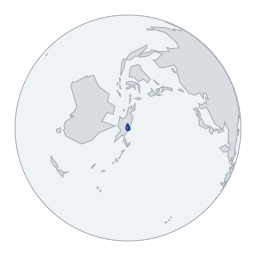 East Sepik on an orthographic globe, rotated 92°
{"feature_id": "PNG-1239", "entity_name": "East Sepik", "entity_type": "Province", "adm_level": 1, "iso_a3": "PNG", "parent_name": "Papua New Guinea", "parent_adm1": "", "projection": "orthographic", "projection_center": [143.363, -4.131], "detail": "fine", "context": "on_globe", "style": "filled", "palette": "blue", "viewbox_px": 256, "rotation_deg": 92, "n_neighbors": 0, "source": "natural_earth", "source_scale": "10m", "svg_char_len": 6701}
<svg xmlns="http://www.w3.org/2000/svg" viewBox="0 0 256 256"><g transform="rotate(92 128 128)"><circle cx="128" cy="128" r="113" fill="#eef3f6" stroke="#a8b0b8"/><path d="M192.6,152.8L192.6,153.7L192.4,153.8L192.6,152.8ZM188.6,33.1L187.0,32.0L179.3,28.5L180.3,29.8L177.4,27.9L181.5,32.5L179.6,33.7L179.7,30.9L178.2,29.7L175.8,29.6L173.6,28.3L171.3,27.7L168.9,26.3L169.2,25.2L167.7,24.4L166.1,24.5L162.8,23.4L165.3,23.4L159.8,21.6L159.2,20.3L167.5,22.5L174.8,25.5L181.8,29.1L188.6,33.1ZM221.2,87.9L220.2,85.4L221.6,86.9L221.2,87.9ZM219.1,83.9L219.5,84.7L219.0,84.1L219.1,83.9ZM218.4,83.5L218.9,83.8L218.4,83.7L218.4,83.5ZM217.5,83.2L217.9,83.3L217.5,83.2ZM215.8,82.0L215.4,81.7L215.7,81.5L215.8,82.0ZM196.1,38.3L196.0,38.2L194.0,36.7L193.9,36.6L196.1,38.3ZM181.5,31.2L182.5,31.3L182.2,31.7L181.5,31.2ZM171.4,27.9L171.7,28.3L170.3,27.9L171.4,27.9ZM165.5,25.4L163.1,24.7L165.6,25.2L165.5,25.4ZM161.8,24.1L156.1,22.7L156.4,23.4L152.1,20.8L158.4,22.7L161.4,23.1L160.6,23.4L161.8,24.1ZM150.7,19.7L149.3,19.4L150.8,19.6L150.7,19.7ZM88.6,22.5L87.4,23.0L88.5,22.6L89.6,22.1L92.4,21.1L96.5,19.9L95.6,20.2L93.9,20.7L89.1,22.5L85.0,24.1L88.4,22.9L94.3,20.6L97.0,19.8L94.5,20.7L95.6,20.3L96.7,20.0L96.9,20.1L99.8,19.2L112.9,16.9L114.6,17.3L110.8,18.1L119.0,18.0L120.2,19.3L121.2,18.8L125.8,18.9L125.5,18.5L126.3,18.3L137.9,19.3L139.9,20.1L146.1,20.7L146.6,20.5L145.5,19.9L152.1,20.8L156.4,23.4L155.0,23.6L158.7,25.5L155.0,25.8L153.6,27.2L147.5,27.0L147.0,28.4L148.5,29.0L148.8,31.7L144.5,35.7L141.4,29.7L146.7,24.8L144.0,26.4L142.6,25.3L140.4,25.6L138.7,26.9L139.7,27.5L126.8,27.5L118.7,31.6L124.0,32.2L125.6,34.2L121.0,41.2L104.4,50.1L106.3,54.4L105.3,57.0L101.0,58.1L102.4,54.3L99.7,52.6L101.1,50.5L94.7,51.6L96.5,48.7L90.7,51.3L91.0,53.8L95.9,53.7L90.1,57.6L92.9,62.6L91.3,68.2L80.1,77.9L71.5,80.6L70.6,82.6L68.2,80.2L63.5,84.0L66.7,95.4L66.1,98.7L59.1,104.9L59.3,102.4L52.9,96.2L50.6,104.2L55.3,111.0L56.9,119.2L52.8,116.6L51.3,109.5L49.1,107.1L50.5,100.1L50.2,89.9L46.1,91.9L47.2,87.8L46.2,79.9L40.7,82.7L31.4,93.7L28.8,104.2L26.2,109.1L26.4,94.4L29.0,84.6L27.4,85.7L28.9,78.1L26.8,78.7L27.9,76.4L27.5,77.2L31.6,69.8L36.1,62.8L41.3,56.1L46.8,49.9L52.9,44.1L59.3,38.7L66.2,33.9L73.3,29.5L80.8,25.7L88.6,22.5ZM26.3,79.5L27.2,77.7L25.5,81.4L24.5,84.5L20.5,94.5L20.3,95.0L23.0,87.1L26.3,79.5ZM56.3,210.9L58.3,212.2L57.9,212.4L56.3,210.9ZM82.1,139.4L85.4,140.1L85.3,140.6L82.1,139.4ZM78.7,137.3L82.3,137.7L78.1,138.5L78.7,137.3ZM83.7,137.9L87.4,137.1L89.0,136.3L88.8,137.4L83.7,137.9ZM76.3,137.2L63.8,136.6L59.2,135.1L60.1,133.1L67.7,133.9L76.3,137.2ZM59.7,133.1L52.8,127.5L44.6,111.9L47.5,112.1L56.3,121.5L55.7,123.2L59.9,127.6L59.7,133.1ZM77.2,123.7L76.6,128.7L69.6,127.9L66.5,127.0L64.3,120.5L65.5,117.3L68.0,117.5L78.6,107.2L82.1,110.0L78.6,114.4L81.5,118.8L77.2,123.7ZM28.9,105.2L29.4,111.5L28.2,112.7L28.9,105.2ZM83.5,100.1L78.8,104.4L83.3,98.6L83.5,100.1ZM86.6,94.6L86.6,96.9L85.1,94.6L86.6,94.6ZM69.8,85.6L67.2,86.0L67.4,84.5L71.0,83.0L69.8,85.6ZM90.1,73.2L88.8,77.6L87.8,79.0L87.2,76.3L90.1,73.2ZM111.6,16.9L114.3,16.5L113.9,16.7L111.6,16.9ZM112.3,16.7L113.1,16.4L115.4,16.1L114.3,16.4L112.3,16.7ZM168.9,196.3L171.1,197.6L168.3,200.8L163.9,203.7L158.8,204.0L168.9,196.3ZM131.8,199.5L130.1,195.1L135.3,195.4L134.5,199.0L131.8,199.5ZM172.1,194.1L174.5,190.7L173.9,185.7L175.5,190.5L179.3,191.4L172.4,197.6L172.1,194.1ZM108.0,179.9L88.5,186.5L83.8,185.2L83.9,181.8L77.4,171.1L78.8,171.4L76.5,164.4L87.4,158.8L94.8,148.1L102.2,149.4L106.9,141.9L114.8,143.2L113.1,149.3L122.1,154.5L126.4,140.8L133.6,156.8L141.3,163.4L145.6,173.9L138.3,189.9L132.5,192.5L130.6,190.6L128.4,192.1L123.8,190.8L119.6,184.8L117.5,186.3L118.8,182.2L116.1,185.7L113.0,181.8L108.0,179.9ZM165.3,159.5L166.9,160.2L170.0,163.5L167.4,162.5L165.3,159.5ZM188.6,155.2L189.7,156.7L187.9,156.6L188.6,155.2ZM192.4,153.8L190.3,153.8L192.6,152.8L192.4,153.8ZM171.8,151.6L172.8,152.8L172.2,153.0L171.8,151.6ZM171.1,151.2L171.8,149.8L171.9,151.3L171.1,151.2ZM162.8,141.5L163.6,140.9L164.1,141.6L162.8,141.5ZM90.3,140.5L94.6,136.8L97.2,136.7L90.3,140.5ZM161.3,139.6L159.1,139.1L159.3,138.4L161.3,139.6ZM161.3,137.8L161.0,136.6L162.6,139.5L161.3,137.8ZM156.9,134.5L159.7,137.0L156.6,134.7L156.9,134.5ZM155.4,134.6L153.4,133.4L153.5,133.1L155.4,134.6ZM135.0,133.1L142.1,140.7L136.8,139.8L130.7,134.9L126.6,138.2L116.8,136.4L118.9,134.3L117.4,130.5L107.8,128.1L105.8,125.6L109.1,124.3L103.0,121.9L109.6,121.5L112.5,126.6L116.4,123.3L123.4,125.0L130.4,127.5L136.4,131.9L135.0,133.1ZM110.0,132.1L111.2,132.2L110.2,133.5L110.0,132.1ZM149.7,130.1L152.5,132.9L152.2,133.5L150.9,132.9L149.7,130.1ZM137.7,131.2L144.0,128.2L145.5,128.5L141.4,132.4L137.7,131.2ZM142.3,125.3L145.4,126.3L147.1,128.8L146.5,129.4L142.3,125.3ZM96.3,126.4L96.1,127.7L94.4,126.5L96.3,126.4ZM98.5,125.8L103.6,127.7L98.0,126.8L98.5,125.8ZM83.7,120.1L85.0,123.3L89.4,121.6L86.1,124.2L89.2,129.6L88.3,131.5L85.1,125.7L84.3,131.4L82.4,131.2L81.2,126.1L83.0,120.3L84.9,117.9L93.0,117.5L83.7,120.1ZM98.4,121.9L97.0,118.2L98.1,115.9L99.5,117.9L98.4,121.9ZM93.4,109.4L90.3,105.1L87.1,106.4L93.8,101.3L95.7,106.2L93.4,109.4ZM91.2,100.4L88.2,101.6L91.5,98.6L91.2,100.4ZM87.7,100.2L87.6,97.5L89.8,98.0L87.7,100.2ZM92.7,100.7L93.8,96.1L94.6,98.9L92.7,100.7ZM87.5,91.4L91.7,96.1L85.7,93.8L86.9,85.2L89.5,85.2L87.5,91.4ZM111.0,60.6L111.1,58.5L113.9,58.3L113.0,59.8L111.0,60.6ZM123.0,56.7L114.6,57.6L108.0,58.8L109.4,59.9L106.8,63.3L105.3,59.7L110.9,56.4L115.7,56.2L117.6,53.5L121.9,52.1L122.8,48.8L125.1,47.6L125.7,50.7L123.0,56.7ZM123.0,47.4L126.1,42.1L130.7,43.6L131.1,45.1L127.7,46.8L125.5,45.9L123.0,47.4ZM128.2,41.4L126.0,40.5L126.0,33.1L127.2,32.0L129.7,37.9L127.8,37.5L126.9,39.2L128.2,41.4ZM149.1,19.6L149.3,19.4L150.1,19.7L149.1,19.6ZM126.0,18.0L127.3,17.8L128.1,18.1L126.0,18.0ZM131.2,17.5L129.4,17.3L131.7,17.4L131.2,17.5ZM125.2,17.1L128.8,17.2L124.8,17.3L125.2,17.1Z" fill="#d9dde1" stroke="#a8b0b8" stroke-width="1"/><path d="M127.5,126.5L127.8,126.5L128.2,126.6L128.3,126.6L128.5,126.8L128.7,127.0L128.8,127.0L129.0,127.1L129.2,127.3L129.3,127.4L129.5,127.4L129.6,127.5L129.6,127.4L129.7,127.5L129.8,127.5L129.8,127.4L130.0,127.4L130.3,127.4L130.3,127.5L130.4,128.7L130.1,129.1L129.3,129.6L129.2,129.7L127.6,129.8L127.4,129.8L127.1,129.8L126.8,129.7L126.7,129.7L126.4,129.7L126.2,129.7L125.9,129.1L125.7,129.0L124.3,129.0L124.2,128.9L124.0,128.7L124.0,128.4L124.8,127.8L125.0,127.9L124.9,127.9L125.0,127.9L126.2,127.9L126.3,127.9L126.4,127.7L126.5,127.6L126.6,127.4L126.5,127.2L126.5,126.9L126.6,126.7L126.8,126.6L127.3,126.8L127.4,126.7L127.5,126.5L127.5,126.5ZM128.4,126.5L128.3,126.4L128.5,126.5L128.4,126.5ZM129.4,126.2L129.5,126.2L129.5,126.3L129.4,126.2L129.4,126.2ZM130.4,126.8L130.5,126.8L130.4,126.8L130.4,126.8Z" fill="#3b82f6" stroke="#1e3a8a" stroke-width="1.5"/></g></svg>